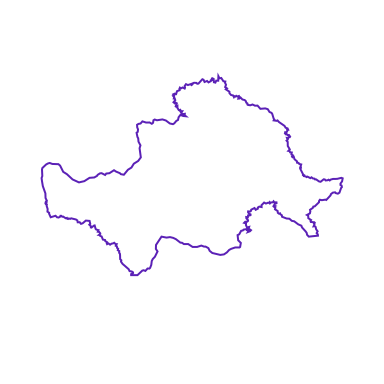 Topaipí, Cundinamarca, Colombia (orthographic projection), rotated 321°
{"feature_id": "7082276B13508800069021", "entity_name": "Topaipí", "entity_type": "district", "adm_level": 2, "iso_a3": "COL", "parent_name": "Colombia", "parent_adm1": "Cundinamarca", "projection": "orthographic", "projection_center": [-74.26, 5.35], "detail": "fine", "context": "isolated", "style": "outline", "palette": "violet", "viewbox_px": 384, "rotation_deg": 321, "n_neighbors": 0, "source": "geoboundaries", "source_scale": "gbopen_adm2", "svg_char_len": 6053}
<svg xmlns="http://www.w3.org/2000/svg" viewBox="0 0 384 384"><g transform="rotate(321 192 192)"><path d="M92.4,218.3L97.3,222.3L103.9,221.8L105.2,222.4L106.1,224.0L109.3,223.5L110.7,224.7L111.7,224.6L114.5,223.0L117.3,220.3L119.3,219.4L122.4,219.0L127.8,216.5L128.1,213.5L130.7,210.5L140.2,207.5L143.5,211.4L146.5,213.2L148.5,215.8L149.8,218.5L151.1,224.0L152.3,225.2L152.9,227.3L156.3,230.1L157.9,235.1L161.4,237.9L165.5,239.5L167.0,242.0L168.2,243.0L169.4,245.9L168.7,248.9L169.4,252.2L174.4,258.7L177.6,260.6L181.1,260.9L184.4,260.4L186.6,260.8L190.7,262.3L194.0,265.0L194.8,265.0L197.9,262.3L197.5,258.6L200.3,254.2L202.1,254.6L205.7,253.1L207.4,253.9L208.4,253.7L211.4,255.4L210.7,256.3L211.9,257.7L210.3,258.3L212.4,259.0L213.8,258.8L213.4,257.4L212.2,256.6L214.4,255.1L212.4,254.3L213.1,251.7L214.2,250.4L213.1,248.8L214.6,248.6L216.3,249.8L217.4,249.7L217.8,249.2L217.7,246.6L218.4,245.6L219.5,246.8L220.8,245.5L222.2,246.6L223.1,246.7L223.4,246.1L222.7,245.2L222.8,243.1L223.4,242.4L225.0,243.8L225.9,243.8L226.9,243.0L230.5,243.8L230.3,245.9L232.7,246.4L233.4,245.5L235.1,245.7L236.6,247.5L237.7,246.0L241.4,245.6L242.2,247.5L244.4,248.2L245.0,249.0L245.8,248.8L245.5,249.9L246.7,249.8L248.4,250.9L249.5,250.6L249.4,251.8L251.1,253.2L250.6,253.9L248.9,253.4L247.2,254.0L247.8,255.2L246.4,254.9L246.8,256.8L245.6,257.7L246.6,260.6L245.6,262.2L246.0,263.7L247.0,264.0L246.7,265.2L247.2,266.6L246.4,267.9L248.8,272.1L250.9,274.1L251.4,277.2L253.0,279.1L254.2,284.0L255.8,287.0L255.2,288.8L255.5,294.1L255.4,295.9L254.5,297.7L254.7,300.2L262.4,305.2L263.1,304.1L263.0,302.4L264.9,301.6L265.0,299.1L266.1,296.9L265.9,295.8L264.9,295.2L266.7,294.3L266.9,293.3L268.0,293.2L268.0,292.5L265.5,290.1L265.9,289.0L266.9,288.7L265.9,285.6L267.4,283.5L266.9,282.2L270.2,282.8L271.8,281.5L272.5,280.1L275.8,280.4L277.1,279.7L278.3,280.4L284.2,279.9L285.0,279.0L286.5,278.5L287.8,280.1L290.9,281.9L291.3,282.7L297.6,281.8L298.5,281.1L301.0,281.1L303.0,282.3L303.0,283.3L304.3,285.1L306.2,285.3L310.4,282.7L311.6,282.5L312.3,281.1L311.8,280.0L312.7,278.9L315.3,278.2L317.7,276.2L317.0,275.0L313.0,273.1L309.8,270.6L307.5,269.6L306.3,269.7L305.9,268.4L304.8,268.2L303.1,267.1L303.1,265.8L302.3,265.0L298.4,265.0L297.4,263.8L296.4,260.3L295.5,259.6L295.6,258.7L294.5,257.6L294.1,255.8L292.7,255.7L291.4,252.7L290.4,252.5L290.2,251.5L289.0,250.1L289.7,249.5L288.9,248.6L289.5,247.9L290.8,241.8L291.4,241.1L292.0,241.6L292.8,240.2L294.2,239.3L293.0,237.7L293.1,236.6L292.1,235.3L292.9,234.4L292.3,231.0L293.2,228.8L292.0,228.3L292.0,227.4L293.5,227.0L292.9,225.4L294.4,224.1L293.2,222.9L293.6,221.6L292.8,220.7L294.8,220.4L295.4,216.5L297.9,213.3L297.8,211.6L299.3,211.5L299.8,209.9L300.5,210.8L301.6,210.2L302.5,210.9L303.1,210.7L303.2,208.7L302.1,208.0L302.1,206.8L301.3,206.4L301.1,204.9L302.1,204.2L302.6,205.0L303.3,205.0L304.7,204.4L305.0,203.7L305.9,204.2L306.3,202.7L305.2,201.0L305.5,198.8L303.6,192.3L303.5,190.2L302.6,190.0L300.6,187.8L301.6,187.4L301.6,186.5L303.5,181.8L303.6,180.5L302.6,178.6L303.0,175.3L301.5,173.1L297.5,170.4L297.3,166.1L295.3,164.6L294.1,162.1L291.9,161.3L290.3,159.6L290.1,158.9L290.8,158.1L290.4,156.7L291.0,155.3L290.8,153.7L289.4,151.8L289.2,149.1L287.7,149.2L286.8,148.6L288.7,147.5L288.9,146.9L287.3,146.3L286.9,145.1L285.8,145.2L285.4,144.4L284.3,144.7L284.7,142.8L283.4,141.2L283.3,138.8L284.2,137.6L282.9,133.5L284.4,133.5L283.8,131.3L285.9,130.1L286.4,127.9L287.4,127.1L286.1,125.7L286.5,121.8L284.9,121.0L285.4,118.6L282.4,122.0L280.9,120.7L279.0,121.7L278.1,120.5L280.0,117.7L279.3,116.3L278.9,116.3L278.3,117.9L277.0,117.0L276.4,117.7L273.8,117.2L273.6,115.2L271.0,114.4L271.6,112.0L271.0,110.9L265.2,111.8L264.2,111.2L264.1,110.0L262.3,108.4L261.4,108.1L260.2,108.6L258.9,108.6L258.8,108.1L259.6,107.6L256.1,106.3L255.2,104.4L253.0,105.0L252.2,106.6L251.4,107.0L250.5,104.9L248.5,104.5L248.3,103.3L247.1,103.9L246.4,105.1L243.8,104.2L241.3,105.9L240.5,104.7L238.9,104.3L238.9,104.9L239.7,105.3L238.9,105.9L237.8,105.5L237.8,107.1L236.7,107.9L237.4,108.5L236.8,110.1L234.1,110.6L234.4,112.2L235.4,112.0L236.0,113.5L233.2,115.2L233.4,115.8L234.8,116.0L233.6,117.5L233.3,120.0L233.5,120.5L234.6,120.8L234.2,122.1L235.3,123.1L234.4,123.4L233.6,122.8L233.4,124.1L233.7,125.6L235.6,126.7L234.6,127.7L234.9,129.3L233.0,127.4L231.5,124.8L228.6,125.5L226.5,127.2L224.5,126.9L221.4,127.5L219.9,127.3L217.9,124.8L216.7,120.0L214.7,117.0L209.9,114.2L208.6,112.2L207.2,112.0L205.3,113.7L203.7,113.7L202.8,111.3L200.0,109.1L197.9,105.9L195.1,106.4L193.3,105.4L191.6,105.2L190.1,107.3L189.5,109.3L187.7,111.1L186.2,111.1L184.2,115.0L184.0,116.4L182.1,119.2L181.3,123.3L178.8,125.0L174.0,132.9L169.7,134.0L164.6,133.4L160.3,134.9L156.2,134.4L149.9,135.7L147.9,133.3L147.8,132.0L145.8,128.3L145.1,126.0L139.6,125.4L137.0,123.7L135.2,124.1L133.6,120.5L132.2,119.6L129.5,119.3L128.3,119.7L125.2,119.2L121.3,116.5L115.1,115.8L110.2,113.4L107.1,107.1L106.0,99.4L104.6,95.3L106.1,88.5L105.7,86.3L101.1,82.3L99.7,79.9L98.1,79.2L96.0,78.8L90.8,79.2L89.6,80.1L85.7,85.4L83.9,86.5L82.3,89.1L79.8,93.5L77.2,100.8L74.4,104.5L73.7,107.4L72.4,107.5L71.0,108.5L70.9,108.9L71.8,109.1L71.0,109.8L71.2,110.5L70.4,111.1L69.1,114.4L67.3,116.3L67.9,118.2L67.3,118.9L66.3,122.7L71.0,124.6L71.2,126.7L72.3,127.9L73.9,128.2L74.8,127.7L75.4,128.2L75.6,129.6L76.4,130.0L77.3,132.9L78.5,133.4L78.2,134.3L78.7,135.0L79.6,135.0L80.4,136.2L81.5,136.4L84.5,140.3L85.0,141.9L84.1,143.6L85.7,144.8L85.7,146.9L87.4,147.5L91.5,147.4L94.2,150.0L92.9,152.7L91.6,152.8L91.9,154.9L91.1,155.9L91.5,156.4L94.7,156.4L95.3,156.7L93.9,160.0L94.0,161.0L95.3,162.8L93.8,163.6L94.7,164.6L94.7,166.4L94.4,166.8L92.7,166.8L93.2,167.3L93.0,168.4L93.8,169.7L92.8,172.9L94.2,174.6L93.7,175.7L94.4,177.5L93.4,178.3L93.2,179.1L94.7,179.3L95.2,181.4L96.9,181.5L98.4,182.3L99.6,182.5L99.8,184.3L100.6,185.1L98.9,185.8L99.4,187.0L98.6,188.3L98.9,189.6L97.7,190.5L98.3,192.1L97.1,193.4L97.2,194.4L96.5,195.6L93.9,199.0L94.1,200.6L93.0,201.4L92.8,204.2L94.2,212.1L93.7,214.2L95.2,215.9L95.6,217.3L95.2,217.9L93.0,217.5L92.4,218.3Z" fill="none" stroke="#5b21b6" stroke-width="2"/></g></svg>